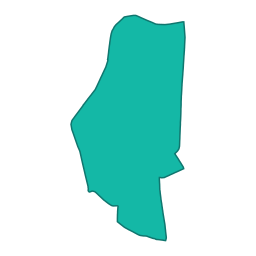 outline of Ath Thawrah, Amanat Al Asimah, Yemen
{"feature_id": "15242507B17333153268862", "entity_name": "Ath Thawrah", "entity_type": "district", "adm_level": 2, "iso_a3": "YEM", "parent_name": "Yemen", "parent_adm1": "Amanat Al Asimah", "projection": "equal_earth", "projection_center": [44.198, 15.391], "detail": "fine", "context": "isolated", "style": "filled", "palette": "teal", "viewbox_px": 256, "rotation_deg": 0, "n_neighbors": 0, "source": "geoboundaries", "source_scale": "gbopen_adm2", "svg_char_len": 3943}
<svg xmlns="http://www.w3.org/2000/svg" viewBox="0 0 256 256"><path d="M166.3,237.9L166.2,236.6L165.6,231.6L165.5,230.3L165.1,226.9L165.1,226.5L164.9,224.7L164.7,223.3L164.6,222.8L164.1,219.9L163.7,217.4L163.5,216.0L163.2,214.6L163.2,214.3L163.0,213.1L162.6,210.1L162.4,209.1L162.3,207.9L162.0,206.3L161.6,203.1L161.5,202.7L160.9,199.0L160.9,198.5L160.3,193.7L160.2,193.0L160.0,190.8L159.9,190.5L159.7,189.2L159.8,188.8L159.7,188.5L159.7,187.0L159.6,183.7L159.5,183.1L159.5,182.4L159.3,178.6L159.4,178.1L159.4,177.5L160.2,177.5L161.2,177.7L161.9,177.8L162.5,177.7L163.7,177.6L164.0,177.6L164.4,177.5L165.6,176.9L168.8,175.5L170.8,174.5L171.1,174.4L172.7,173.7L174.2,173.0L174.5,172.8L176.2,172.1L179.3,170.7L183.2,168.9L183.7,168.7L183.5,167.8L183.1,166.8L182.6,166.0L182.1,165.2L180.8,163.1L180.4,162.4L179.3,160.8L179.0,160.2L178.0,158.6L175.8,155.3L174.8,153.7L175.1,153.4L176.1,152.4L177.5,151.0L178.1,150.1L178.9,148.9L179.2,147.5L179.4,146.7L179.5,146.3L179.6,143.9L179.7,140.7L179.8,139.0L179.9,135.4L180.0,133.3L180.2,127.9L180.4,124.8L180.4,124.1L180.4,122.6L180.6,119.5L180.8,114.7L180.9,111.0L180.9,109.3L180.9,108.8L181.0,107.4L181.1,104.8L181.1,104.2L181.1,103.2L181.1,101.9L181.3,97.7L181.3,96.3L181.5,94.1L181.5,93.9L181.7,90.6L181.9,86.3L182.0,85.2L182.0,84.1L182.3,80.5L182.4,79.0L182.8,74.0L182.8,73.5L183.1,69.5L183.2,68.1L183.3,66.6L183.4,64.4L183.5,63.1L183.8,58.4L183.9,56.5L184.1,54.1L184.1,53.8L184.2,52.3L184.4,50.1L184.4,48.5L184.5,48.3L184.6,45.3L185.0,37.4L184.3,27.8L184.2,26.7L184.0,24.5L183.8,21.9L183.4,21.9L182.4,21.9L179.7,22.4L177.6,22.8L173.9,23.4L172.1,23.7L170.5,24.0L169.9,24.1L165.0,24.6L164.9,24.6L161.7,24.5L158.2,24.4L157.8,24.3L157.2,24.3L156.7,24.2L155.9,24.1L155.3,23.9L152.5,22.6L149.6,21.4L147.1,20.4L141.2,17.8L139.5,17.0L138.6,16.6L138.1,16.4L137.9,16.3L137.0,15.9L136.0,15.5L135.5,15.4L134.9,15.4L133.5,15.4L130.4,15.9L127.3,16.4L124.3,17.0L123.7,17.5L122.6,18.6L121.7,19.5L121.1,20.0L118.9,22.1L116.1,24.6L114.4,26.7L112.9,29.6L112.6,30.0L112.2,30.6L111.2,33.8L110.5,37.6L109.8,42.6L109.6,44.4L109.5,44.8L108.7,51.1L108.6,52.3L108.1,56.2L107.9,58.0L107.7,59.3L107.6,59.6L107.9,59.8L107.8,60.7L107.7,61.2L106.6,64.6L106.3,65.6L106.1,66.1L105.9,66.9L102.6,73.9L101.9,75.5L100.4,78.5L100.3,78.9L99.3,81.0L96.7,86.6L96.2,87.6L95.8,88.4L95.6,88.8L95.3,89.5L94.6,90.4L91.8,94.0L91.4,94.6L90.4,95.8L88.6,98.1L88.0,98.8L87.1,100.1L86.0,101.5L84.5,103.5L83.1,105.2L83.1,105.5L79.0,111.0L78.2,112.1L77.0,113.7L75.7,115.4L74.4,117.2L73.9,117.9L73.7,118.2L73.3,118.7L72.4,119.9L71.9,120.7L71.8,121.2L71.5,122.2L71.0,124.4L71.9,129.6L73.2,133.2L73.4,133.8L77.8,146.5L79.6,150.6L79.9,151.4L80.6,154.5L81.3,157.7L82.4,162.6L82.7,163.9L84.3,170.7L84.7,172.4L85.4,175.5L85.9,177.5L87.1,182.5L87.6,184.5L88.1,186.7L88.1,187.6L88.3,188.5L88.3,189.0L88.2,189.8L88.2,190.7L88.4,191.1L89.1,191.9L89.7,192.0L90.0,191.9L91.4,191.4L91.7,191.2L91.9,191.2L92.4,191.1L93.9,191.4L95.3,192.0L97.8,194.3L98.0,194.5L98.7,195.2L101.4,197.7L103.8,200.0L108.5,203.6L111.5,205.5L113.0,205.9L113.4,205.9L113.8,205.9L115.9,205.8L116.4,205.8L117.0,205.8L117.4,205.8L117.9,206.1L118.1,206.3L118.1,206.7L117.9,207.6L117.8,209.1L117.6,211.4L117.6,213.3L117.5,214.0L117.4,218.5L117.4,221.7L120.4,224.1L120.9,224.5L121.7,225.1L123.3,226.4L123.5,226.6L124.1,227.0L125.3,227.8L126.3,228.3L127.2,228.8L129.3,230.0L129.6,230.0L130.4,230.5L132.0,231.3L132.8,231.7L135.3,233.1L136.5,233.7L136.9,234.0L137.5,234.3L138.2,234.6L138.7,234.9L139.1,235.0L139.5,235.2L140.2,235.4L140.6,235.5L142.7,235.8L143.3,235.9L143.9,235.9L144.4,235.9L145.2,236.0L145.8,236.0L146.5,236.1L147.0,236.2L147.2,236.3L148.7,236.9L149.2,237.1L149.9,237.3L151.0,237.7L151.9,238.0L152.1,238.1L153.1,238.4L153.7,238.5L154.4,238.6L154.8,238.7L155.1,238.8L155.4,239.0L155.9,239.3L156.4,239.4L156.7,239.5L157.3,239.5L158.5,239.6L160.3,239.8L160.7,239.9L162.6,240.1L164.0,240.4L165.6,240.6L165.8,240.0L166.3,237.9Z" fill="#14b8a6" stroke="#0f766e" stroke-width="1.5"/></svg>